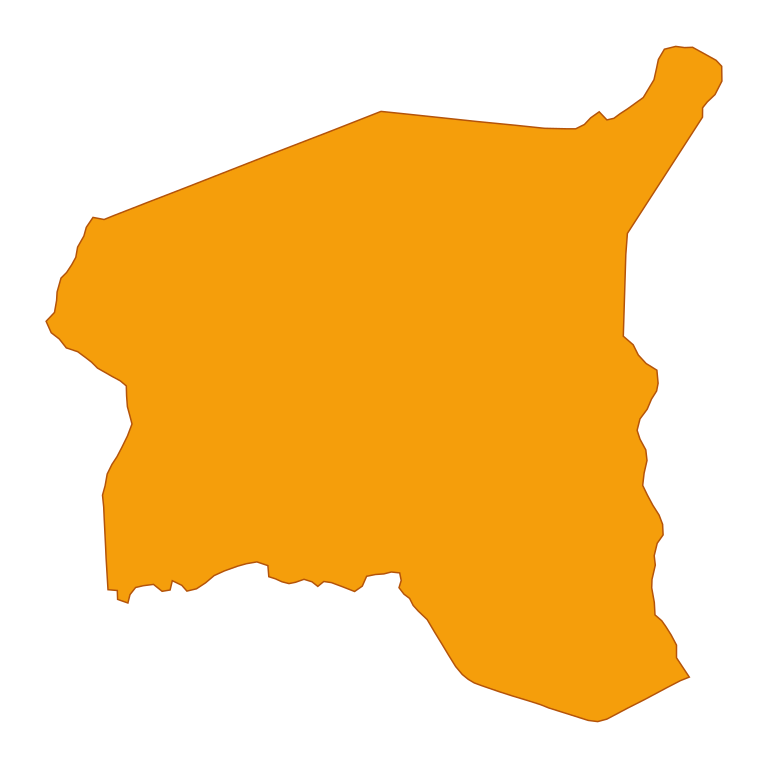 the district of Gravataí, Rio Grande do Sul, Brazil
{"feature_id": "56859067B76792516798439", "entity_name": "Gravataí", "entity_type": "district", "adm_level": 2, "iso_a3": "BRA", "parent_name": "Brazil", "parent_adm1": "Rio Grande do Sul", "projection": "albers", "projection_center": [-50.95, -29.891], "detail": "fine", "context": "isolated", "style": "filled", "palette": "amber", "viewbox_px": 768, "rotation_deg": 0, "n_neighbors": 0, "source": "geoboundaries", "source_scale": "gbopen_adm2", "svg_char_len": 2225}
<svg xmlns="http://www.w3.org/2000/svg" viewBox="0 0 768 768"><path d="M399.0,587.7L404.0,594.2L409.6,598.4L413.2,605.5L418.3,611.1L427.2,619.6L434.9,632.6L441.9,644.0L448.5,655.0L455.7,666.6L462.3,674.5L468.2,679.3L474.2,682.9L481.5,685.6L499.5,691.8L512.9,696.1L528.5,700.8L540.7,704.7L548.9,708.0L561.0,711.8L588.2,720.4L597.7,721.6L606.9,719.1L627.7,708.1L644.3,699.7L666.6,687.8L680.5,680.6L689.3,677.1L676.5,657.8L676.5,645.1L671.1,634.9L666.0,626.8L661.8,620.8L655.0,614.9L654.3,602.4L651.7,587.8L652.0,579.4L655.3,565.1L654.2,555.7L657.2,543.3L663.1,534.9L662.6,524.3L659.1,515.1L652.8,505.2L647.4,495.1L642.7,485.4L644.1,473.2L647.0,460.5L645.8,449.9L640.0,439.2L637.1,430.3L640.0,418.9L647.2,409.2L651.5,399.1L656.6,391.0L658.1,383.3L656.9,370.2L646.1,363.5L638.3,355.0L633.2,344.8L623.3,336.2L625.8,254.7L627.4,233.4L702.5,117.2L702.6,107.8L707.3,101.9L715.0,94.6L721.9,81.1L721.7,66.3L716.1,60.3L692.6,47.3L684.6,47.6L675.7,46.4L664.4,49.2L658.4,59.4L656.6,68.0L654.0,79.7L643.3,97.5L627.5,108.9L620.1,113.7L613.9,118.3L606.9,119.9L599.2,111.8L590.7,117.8L584.4,124.5L575.7,128.8L566.5,128.8L544.5,128.3L515.8,125.3L476.9,121.5L409.9,114.4L381.0,111.4L334.7,129.6L268.9,155.0L184.5,188.1L147.0,202.6L114.2,215.4L104.1,219.5L93.0,217.4L86.3,227.3L83.9,236.0L77.6,247.1L75.8,257.3L71.8,264.6L66.6,272.5L61.0,278.1L57.1,292.0L56.6,300.4L54.5,312.4L46.1,321.3L51.2,332.7L59.3,339.0L66.3,347.9L77.7,351.7L85.0,357.1L91.6,362.2L97.5,368.1L112.2,376.5L120.2,380.8L126.3,385.9L126.6,396.0L127.4,406.7L129.9,415.9L132.0,424.0L127.5,435.9L121.9,447.3L117.0,456.7L112.0,464.3L107.2,474.0L105.1,485.8L102.5,495.2L103.7,507.0L104.2,518.4L105.1,536.7L105.6,546.8L106.1,558.2L108.0,589.7L117.3,590.5L117.6,599.4L127.9,603.0L130.0,594.6L135.6,587.5L143.3,585.7L153.5,584.4L162.1,591.3L170.1,590.0L172.3,580.7L181.8,585.3L186.9,591.1L196.5,588.8L205.6,582.8L214.1,575.6L224.4,570.9L237.5,566.2L246.4,563.7L256.9,561.9L267.9,565.6L268.8,576.7L275.4,578.8L282.0,581.8L289.0,583.6L295.5,582.3L304.0,579.3L312.0,581.8L317.8,586.4L323.8,581.5L331.4,582.6L342.9,586.9L354.6,591.5L362.3,586.1L366.6,576.3L375.4,574.5L383.9,573.9L391.3,572.0L399.7,572.9L401.2,580.5L399.0,587.7Z" fill="#f59e0b" stroke="#b45309" stroke-width="1.5"/></svg>